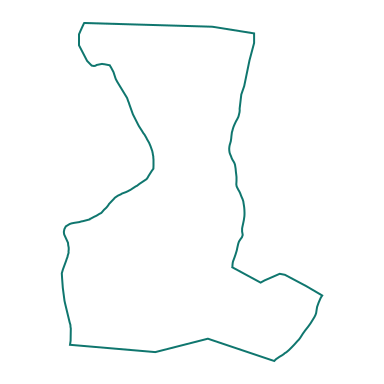 Augier, Laborie, Saint Lucia (Albers equal-area conic projection)
{"feature_id": "8701671B53372431800849", "entity_name": "Augier", "entity_type": "district", "adm_level": 2, "iso_a3": "LCA", "parent_name": "Saint Lucia", "parent_adm1": "Laborie", "projection": "albers", "projection_center": [-60.98, 13.767], "detail": "fine", "context": "isolated", "style": "outline", "palette": "teal", "viewbox_px": 384, "rotation_deg": 0, "n_neighbors": 0, "source": "geoboundaries", "source_scale": "gbopen_adm2", "svg_char_len": 3064}
<svg xmlns="http://www.w3.org/2000/svg" viewBox="0 0 384 384"><path d="M211.5,26.7L84.2,23.0L83.6,24.1L82.1,27.3L80.7,30.4L79.0,34.3L79.0,45.3L87.1,60.9L90.1,64.0L91.7,65.6L94.0,66.0L95.6,65.7L96.5,65.0L102.0,63.9L103.8,64.2L104.2,64.2L107.8,64.9L109.8,65.3L110.5,66.7L110.8,67.0L113.5,72.1L115.3,77.7L115.8,79.1L117.3,81.9L127.1,98.0L128.2,101.2L128.8,102.6L129.4,104.5L132.9,114.3L138.0,124.4L138.9,126.1L142.3,131.4L143.3,133.1L144.5,134.6L146.4,137.9L146.9,139.0L149.1,142.8L150.5,146.1L152.3,151.2L152.5,152.4L152.7,153.0L152.8,154.1L153.3,156.6L153.3,157.6L153.5,159.7L153.5,164.6L153.5,165.7L153.4,168.2L153.4,168.7L151.7,171.0L148.6,175.9L147.5,177.9L147.2,178.2L146.6,179.1L139.4,183.9L137.0,185.8L135.7,186.4L130.2,190.0L129.1,190.5L128.7,190.8L126.2,192.0L124.6,192.6L123.2,193.1L121.7,193.7L120.9,194.3L119.1,195.1L118.0,195.6L115.2,197.5L114.7,197.9L113.8,199.0L113.1,199.7L109.0,204.0L108.5,204.9L107.4,206.4L106.2,207.8L104.0,209.8L101.8,212.4L101.5,212.7L101.2,213.0L99.2,214.0L97.0,215.4L95.7,216.1L94.5,216.6L90.6,218.7L90.1,218.8L89.7,219.4L85.1,220.6L82.8,221.2L81.5,221.4L79.2,222.1L74.5,222.8L71.5,223.4L69.7,224.0L65.8,226.4L64.4,229.1L63.9,231.5L63.9,232.7L64.2,234.5L68.0,242.8L68.2,245.1L68.7,247.7L68.7,249.8L68.5,251.3L68.6,252.8L67.7,255.7L67.5,256.9L66.6,259.2L66.1,260.8L62.9,269.5L61.8,273.3L62.0,276.7L62.1,278.3L62.8,287.8L64.5,300.8L65.0,303.1L69.7,322.6L69.9,323.2L70.4,324.9L70.5,326.9L70.8,328.5L70.6,340.8L70.0,344.8L155.3,352.1L207.9,338.7L211.7,340.0L212.6,340.3L274.2,361.0L276.1,359.1L277.9,357.9L279.6,356.7L281.9,355.4L283.8,354.1L284.6,353.3L286.3,352.3L288.8,350.2L292.0,347.0L294.3,344.6L297.6,340.9L298.9,339.6L300.3,337.7L302.9,333.6L305.2,330.4L308.2,326.6L310.5,323.4L312.3,320.5L314.4,317.1L315.4,315.1L316.1,313.2L316.8,308.7L317.1,306.9L318.6,302.7L320.4,298.5L321.1,297.2L322.2,295.5L306.2,286.1L284.9,274.8L279.7,273.8L276.3,275.3L264.6,280.4L260.6,282.6L232.3,267.3L232.4,266.9L232.5,264.8L232.6,263.8L232.8,262.3L233.1,261.2L233.6,259.9L234.3,258.0L234.6,257.2L235.1,255.7L235.5,254.6L236.1,252.6L236.6,251.0L237.0,249.4L237.2,248.3L237.8,245.6L238.3,243.5L239.0,241.5L240.4,239.3L241.9,237.3L242.7,235.0L242.4,233.1L242.1,231.6L242.1,228.5L242.4,226.9L243.2,223.2L243.8,220.3L244.2,217.6L244.4,216.2L244.5,214.1L244.5,212.6L244.4,209.8L244.2,207.4L244.0,206.0L243.6,203.5L243.3,201.4L242.6,199.2L241.7,197.2L241.0,195.5L240.2,193.3L239.3,191.4L238.5,190.1L237.1,187.4L236.6,186.2L236.3,184.2L236.4,182.7L236.5,180.6L236.5,178.8L236.5,177.0L236.2,174.3L235.9,171.9L235.6,168.6L235.3,166.7L235.0,164.8L234.5,163.3L233.8,161.9L232.5,159.8L231.7,158.2L231.0,156.2L230.2,154.4L229.6,152.7L229.3,150.7L229.2,148.6L229.4,146.6L229.7,145.0L230.3,143.0L230.8,141.2L231.2,138.5L231.4,136.3L231.7,133.9L231.9,132.3L232.4,130.7L232.8,129.1L233.4,127.2L234.1,125.4L235.0,123.4L236.0,121.3L237.2,119.2L238.3,117.0L238.7,115.7L239.5,112.3L239.6,111.4L239.7,110.4L239.7,110.0L239.6,108.9L241.3,94.5L244.2,86.1L249.5,60.3L254.1,43.0L254.1,33.4L212.8,26.8L211.5,26.7Z" fill="none" stroke="#0f766e" stroke-width="2"/></svg>